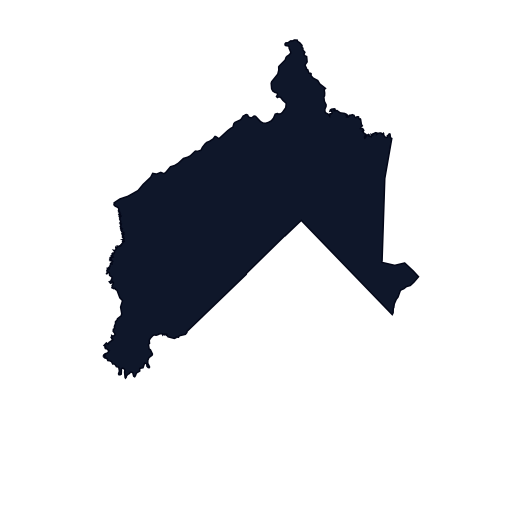 the district of Mbire, Mashonaland Central, Zimbabwe, rotated 136°
{"feature_id": "62879985B94368680034661", "entity_name": "Mbire", "entity_type": "district", "adm_level": 2, "iso_a3": "ZWE", "parent_name": "Zimbabwe", "parent_adm1": "Mashonaland Central", "projection": "albers", "projection_center": [30.66, -16.018], "detail": "fine", "context": "isolated", "style": "filled", "palette": "ink", "viewbox_px": 512, "rotation_deg": 136, "n_neighbors": 0, "source": "geoboundaries", "source_scale": "gbopen_adm2", "svg_char_len": 6047}
<svg xmlns="http://www.w3.org/2000/svg" viewBox="0 0 512 512"><g transform="rotate(136 256 256)"><path d="M419.6,254.0L417.7,255.9L414.9,254.1L410.6,256.3L409.6,254.9L410.0,253.6L411.0,252.6L411.1,250.9L410.6,249.9L410.0,249.9L409.5,250.4L408.4,254.0L406.3,256.1L403.6,257.3L399.7,256.8L398.6,257.4L397.1,261.9L397.5,263.3L394.8,267.1L393.3,267.1L391.4,269.5L389.1,270.2L385.4,270.4L383.6,269.7L383.5,269.1L382.5,268.1L380.1,267.1L379.7,267.3L377.4,265.1L377.9,264.1L377.3,264.2L376.6,262.8L375.6,262.3L375.6,262.9L374.5,261.8L375.5,261.0L375.1,260.5L375.4,259.0L372.0,253.4L370.4,252.8L369.7,253.2L368.2,251.4L366.6,251.9L361.2,248.7L358.8,249.0L358.1,249.7L275.8,249.6L274.8,250.2L220.6,250.6L220.7,250.3L198.7,250.2L198.7,119.2L196.8,119.9L193.7,122.9L192.7,123.2L189.8,125.5L185.2,127.4L182.4,127.8L176.4,130.8L175.0,130.8L172.5,129.8L169.1,129.5L165.5,127.6L160.6,127.5L153.5,128.2L153.3,136.0L153.9,147.7L162.7,152.9L169.9,164.0L169.8,164.4L168.7,164.9L109.5,222.3L76.7,246.2L77.0,246.8L76.8,248.1L74.9,250.6L75.3,251.3L77.0,251.0L77.9,251.3L78.8,250.2L79.8,250.5L80.6,252.1L80.1,254.6L79.4,255.0L79.1,255.8L80.7,255.8L80.5,257.2L81.1,258.2L82.9,259.4L84.2,259.6L83.6,259.9L83.5,260.5L84.5,261.8L85.9,262.0L86.9,262.7L88.3,261.8L88.7,263.5L90.2,261.8L91.4,263.7L90.5,264.4L90.6,265.3L92.2,265.7L95.3,265.0L96.0,265.2L95.3,266.3L92.5,267.1L93.1,270.1L92.7,270.8L92.9,271.8L92.5,272.0L91.8,271.3L91.2,271.5L90.8,273.2L91.0,273.9L91.9,274.3L92.4,275.1L90.8,275.9L89.1,275.8L88.8,277.4L85.8,281.7L85.7,282.1L86.4,282.4L86.3,283.8L85.6,284.9L86.6,286.0L88.1,286.1L88.4,287.6L87.8,289.1L88.6,290.8L90.0,291.3L90.5,292.1L92.8,291.7L94.1,292.9L92.3,293.4L92.4,293.8L93.2,293.7L93.7,294.1L93.6,294.5L92.5,294.7L92.5,295.1L93.3,297.1L96.0,300.5L96.7,304.4L99.0,306.2L98.7,306.7L97.3,306.5L97.1,306.9L97.4,307.5L99.6,309.1L101.0,309.4L102.2,308.8L100.9,307.9L102.0,305.8L102.8,305.8L103.9,306.9L105.9,305.3L105.5,307.6L106.5,310.9L105.8,312.4L104.4,313.8L101.8,314.9L100.5,316.1L99.4,319.7L96.8,323.2L95.4,323.6L93.4,325.5L91.4,328.3L89.6,328.3L90.6,335.5L89.7,339.3L91.3,344.3L91.2,347.4L89.7,348.9L89.8,349.5L91.0,350.7L89.4,354.0L90.2,355.4L89.3,355.9L88.3,359.0L87.5,359.5L84.4,360.1L81.0,364.3L81.7,366.0L81.5,367.8L79.3,368.6L79.2,371.6L77.9,372.9L78.1,374.2L76.6,375.5L76.4,379.0L77.0,381.4L76.4,382.7L78.4,384.8L80.1,385.2L81.7,386.7L84.9,387.2L86.5,388.6L87.6,388.5L88.5,387.7L88.5,386.8L86.8,384.5L86.8,383.6L87.8,382.5L89.3,378.7L90.1,377.8L93.1,377.7L94.9,378.1L96.4,378.0L98.9,376.7L107.5,376.5L108.3,376.3L110.5,373.9L114.0,371.7L123.6,370.5L125.1,369.7L128.6,365.4L129.3,362.9L128.7,360.4L127.8,359.1L127.7,358.3L128.5,357.0L130.5,356.5L130.5,356.2L130.5,355.1L128.9,354.6L128.1,352.8L128.5,349.3L128.2,344.8L131.6,342.0L137.3,340.9L139.3,341.1L140.3,341.7L141.8,343.3L141.7,343.7L143.6,344.7L147.6,343.0L151.0,342.6L154.3,343.5L157.0,344.9L158.6,346.7L159.4,349.6L159.3,356.8L160.1,358.0L163.0,358.4L163.7,358.9L164.8,361.2L164.1,363.3L164.6,364.4L165.6,365.0L166.9,365.0L167.8,365.6L171.6,364.7L172.9,364.8L178.3,366.7L179.9,366.6L183.1,364.7L185.7,365.4L189.2,365.8L200.8,366.1L201.3,366.6L202.0,369.9L202.5,370.5L205.5,370.0L209.8,370.8L212.4,371.9L214.6,372.0L219.0,371.4L222.1,370.3L225.2,371.8L226.8,373.6L233.7,373.7L236.6,374.6L240.4,376.6L247.4,376.7L251.6,377.6L255.5,379.6L262.9,378.8L264.7,379.1L265.1,379.3L266.4,382.3L270.6,384.0L272.9,387.2L277.0,385.8L287.4,385.9L295.4,385.0L306.8,388.0L314.0,391.5L320.8,392.8L320.8,392.0L322.1,392.1L322.7,391.1L322.6,389.3L321.8,388.2L322.0,387.6L321.5,386.4L322.2,384.9L323.5,384.1L323.2,383.1L324.1,383.0L323.8,381.9L325.2,381.3L324.5,380.3L325.3,379.9L326.0,380.5L326.1,379.8L325.4,378.5L326.2,378.4L327.0,379.1L327.5,377.5L328.4,377.4L329.2,375.0L330.1,374.3L331.0,374.3L330.7,372.8L331.4,372.9L331.4,372.0L333.2,371.5L333.3,369.8L334.1,370.0L334.2,369.7L333.6,368.5L335.1,368.6L335.2,367.4L335.8,366.7L334.9,364.9L336.6,364.8L337.0,365.1L337.7,363.5L336.2,364.2L335.8,363.4L337.2,363.5L337.6,362.7L338.9,362.5L339.0,361.7L338.3,361.5L339.0,360.9L338.7,360.3L339.6,359.7L340.5,360.3L339.9,359.1L340.6,358.0L341.3,358.5L341.3,359.3L341.8,359.3L342.3,358.0L343.8,358.1L345.0,357.4L345.4,357.9L346.5,357.2L347.1,358.1L347.8,358.0L348.8,359.4L349.2,358.6L350.9,358.4L350.5,359.8L350.9,359.7L352.0,358.0L353.8,358.0L354.4,358.9L354.5,357.8L355.3,356.8L356.7,356.5L356.6,357.3L357.0,357.6L358.1,357.5L358.4,356.3L359.8,356.7L359.8,356.0L359.2,355.7L359.3,355.2L361.1,355.9L360.7,355.1L361.8,355.8L361.8,354.9L362.6,354.5L363.1,355.4L363.4,355.4L363.6,354.5L362.2,353.3L363.9,353.7L362.8,352.0L362.9,351.5L364.6,351.5L365.1,350.5L365.9,352.2L365.9,351.1L367.6,350.6L368.4,349.8L370.1,350.1L370.2,348.8L370.9,348.5L371.2,349.0L371.7,349.0L371.5,350.1L371.6,350.3L372.2,349.5L373.4,349.1L374.3,347.5L375.8,347.1L375.7,346.8L373.3,346.8L373.3,345.7L374.8,343.7L374.2,340.8L375.2,339.9L377.5,339.0L378.3,338.9L379.4,339.4L379.6,337.5L378.1,336.7L377.1,337.4L377.0,336.0L377.7,335.3L380.2,334.6L380.5,333.8L381.7,333.3L380.9,331.1L379.9,330.9L379.7,330.4L380.2,329.5L379.8,327.8L383.0,320.5L383.0,316.6L388.9,313.3L392.7,307.7L394.6,306.6L399.2,307.1L400.2,306.5L402.8,306.3L404.1,304.9L406.7,303.8L408.2,302.1L409.5,302.4L411.1,301.0L411.2,299.0L412.0,297.3L413.9,297.4L414.6,297.8L415.0,299.0L415.7,298.1L416.7,298.2L417.2,296.5L416.6,296.6L416.6,296.2L417.3,295.1L421.7,295.9L423.7,295.4L424.0,297.4L427.5,297.2L427.1,295.7L427.6,295.6L427.8,294.5L428.3,294.8L428.6,294.0L427.6,292.5L427.8,291.2L427.4,289.9L430.2,289.4L432.5,290.5L432.9,290.5L433.0,290.0L434.1,290.6L435.0,290.2L434.0,289.1L434.3,288.6L435.6,288.9L435.5,287.5L434.4,286.0L435.2,283.7L434.0,282.2L433.3,280.4L434.1,277.8L432.9,276.9L432.8,275.2L433.3,273.4L432.0,271.4L434.2,268.1L436.8,266.7L437.1,265.9L436.4,265.0L435.0,264.6L431.1,268.3L430.1,268.2L429.3,266.9L429.5,265.1L431.2,263.8L434.6,259.5L434.7,258.8L433.4,259.0L432.6,259.7L430.5,259.9L428.6,259.4L427.1,259.7L426.4,259.2L425.7,257.7L427.5,254.5L427.2,253.4L426.0,253.6L423.3,254.9L419.6,254.0Z" fill="#0f172a" stroke="#020617" stroke-width="1.5"/></g></svg>